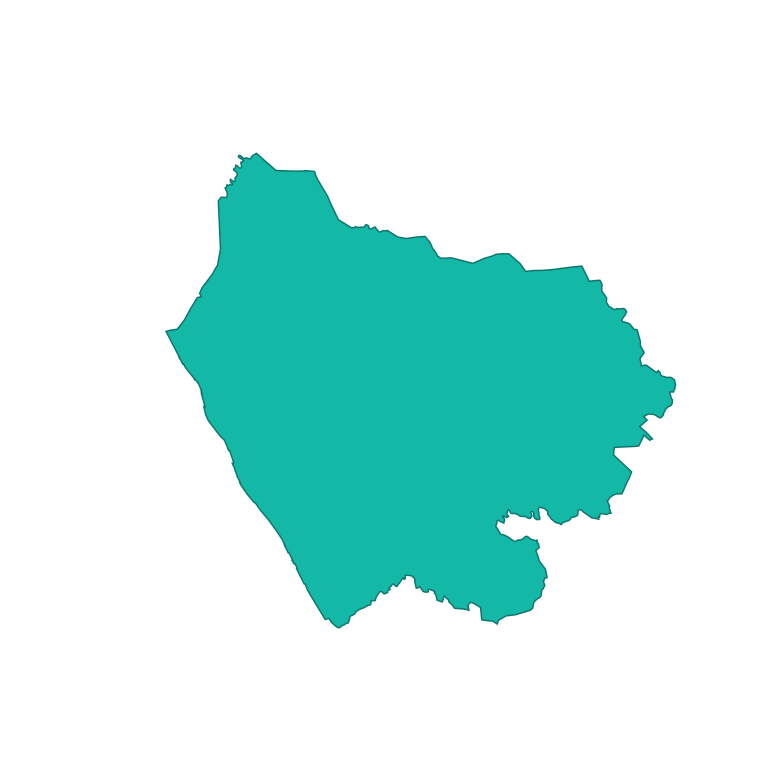 the district of Nirzas pag., Ludzas, Latvia, rotated 220°
{"feature_id": "27541924B94409410618996", "entity_name": "Nirzas pag.", "entity_type": "district", "adm_level": 2, "iso_a3": "LVA", "parent_name": "Latvia", "parent_adm1": "Ludzas", "projection": "equal_earth", "projection_center": [27.914, 56.391], "detail": "fine", "context": "isolated", "style": "filled", "palette": "teal", "viewbox_px": 768, "rotation_deg": 220, "n_neighbors": 0, "source": "geoboundaries", "source_scale": "gbopen_adm2", "svg_char_len": 6171}
<svg xmlns="http://www.w3.org/2000/svg" viewBox="0 0 768 768"><g transform="rotate(220 384 384)"><path d="M144.4,276.7L141.4,284.9L134.9,291.8L126.6,304.6L126.0,307.5L126.3,308.4L129.0,313.4L128.5,317.5L127.5,320.6L127.5,322.6L127.8,323.3L130.8,327.7L130.5,329.3L131.4,333.1L134.7,335.0L136.1,338.7L134.6,340.4L135.4,341.2L141.3,345.9L151.1,348.2L155.1,350.8L160.3,353.8L160.5,354.6L160.0,358.2L160.2,358.8L162.2,359.8L162.5,360.8L165.4,361.3L165.4,362.0L165.8,362.5L166.5,362.6L166.8,362.4L167.0,361.5L171.7,359.5L175.8,359.4L177.2,358.8L177.9,357.1L177.8,355.0L178.9,352.7L181.1,350.5L182.3,347.6L183.6,347.1L191.5,346.4L195.5,345.3L197.2,344.1L198.7,344.1L202.6,345.4L203.9,346.2L206.9,346.6L207.5,348.6L208.2,349.5L208.2,350.3L209.5,351.3L209.0,352.8L208.5,353.3L206.5,353.3L204.7,354.1L203.1,354.2L202.8,354.6L203.5,355.5L203.7,356.5L205.1,358.2L207.5,358.4L208.2,358.8L207.4,359.8L204.4,360.5L203.9,361.0L203.5,362.3L203.5,362.7L203.9,363.0L205.6,362.9L206.9,363.6L206.9,364.9L207.5,365.6L207.6,366.8L208.2,367.5L207.9,367.8L205.8,367.6L204.4,366.6L203.6,366.5L202.0,367.5L201.0,368.8L197.3,370.0L195.0,370.2L192.5,371.7L191.2,373.0L189.6,373.7L188.3,373.6L185.7,374.8L185.6,377.5L187.0,378.9L189.2,380.0L189.1,381.0L188.7,381.6L188.0,381.9L186.3,381.3L184.2,378.9L182.1,378.0L179.9,378.3L177.8,380.1L178.0,380.9L178.6,381.7L180.8,383.0L183.0,385.3L184.8,386.7L185.8,388.8L185.5,390.0L183.1,390.7L181.0,391.8L177.3,391.7L176.5,391.5L175.0,389.7L173.9,389.2L172.1,389.0L169.1,388.1L163.3,388.3L159.8,390.0L157.9,390.1L157.8,391.0L158.1,391.8L157.7,393.1L154.4,399.0L154.3,400.5L154.9,402.0L152.3,405.1L151.3,407.6L151.8,408.9L153.8,411.4L153.9,413.2L151.3,414.5L149.6,414.1L138.8,415.1L132.6,418.5L134.6,420.1L133.4,420.6L134.9,423.5L134.2,424.5L129.6,427.1L128.2,430.1L127.0,430.9L131.9,433.9L132.6,435.5L138.1,438.1L137.7,438.5L137.6,439.5L138.0,442.8L136.5,447.2L135.3,449.3L131.1,452.8L135.1,466.4L135.5,469.1L137.8,475.8L162.6,477.2L166.9,483.5L152.3,496.9L149.0,500.3L151.9,511.9L144.4,511.7L143.1,514.5L150.4,515.4L160.8,515.7L159.2,525.4L164.3,526.1L162.0,531.1L161.3,531.7L158.9,533.4L156.4,534.6L151.2,535.2L150.4,536.0L150.1,536.7L150.1,539.8L151.2,541.6L151.4,543.7L152.1,545.1L151.6,549.5L150.7,550.8L150.4,552.0L150.6,554.0L152.3,556.6L153.0,557.2L154.7,557.8L160.0,561.5L157.1,564.0L158.1,566.5L158.0,567.3L159.0,568.1L159.4,569.5L160.6,571.3L164.2,573.8L166.8,573.8L168.8,573.3L171.5,570.9L176.3,568.7L178.0,568.9L180.0,570.3L182.5,570.5L182.7,567.9L195.4,567.0L198.7,563.3L198.9,563.8L204.3,568.0L204.8,575.0L205.4,575.6L211.9,577.9L214.9,581.3L224.8,588.2L225.3,588.2L227.4,586.6L234.2,587.9L236.1,587.5L239.1,586.3L241.1,585.1L242.5,585.4L243.2,585.8L243.7,592.6L244.9,594.7L244.5,595.2L247.3,596.2L249.1,595.8L252.1,592.5L253.7,591.9L255.0,589.3L257.3,588.6L260.0,588.5L260.9,587.8L266.3,589.6L267.8,591.9L269.1,593.1L276.7,595.1L279.4,598.0L280.4,599.9L281.4,600.7L285.2,602.2L287.7,600.0L292.8,594.7L308.2,601.5L315.0,594.6L329.4,579.0L336.4,572.2L341.7,567.7L347.9,561.3L357.1,563.7L372.0,564.0L377.6,559.3L381.3,555.7L383.6,551.1L387.8,545.0L393.5,533.5L412.2,524.6L414.1,523.4L421.2,516.9L425.5,516.5L427.6,517.6L431.8,518.8L433.2,518.8L439.6,522.0L447.4,523.4L453.4,517.6L460.7,509.5L468.1,505.4L479.8,503.8L479.6,503.6L483.1,501.1L485.2,497.3L486.9,497.4L491.7,498.5L492.3,497.8L492.4,496.8L494.3,493.7L495.1,493.7L497.9,495.2L499.8,494.8L500.4,493.9L500.0,491.5L505.3,486.6L507.0,486.2L506.6,485.6L509.2,482.8L524.5,480.5L540.5,487.8L548.3,491.7L567.2,498.3L571.4,500.5L573.4,502.0L574.2,501.9L580.8,497.3L584.0,494.1L594.0,485.8L604.1,478.1L630.0,478.7L631.5,474.4L631.3,471.8L631.0,471.6L631.3,470.5L632.0,469.9L635.1,468.6L635.8,466.9L636.2,466.6L640.7,466.6L641.7,466.2L642.0,465.6L641.8,464.7L640.7,464.3L637.1,464.9L635.0,464.7L635.2,463.3L636.2,461.7L632.8,459.1L632.6,457.0L633.2,456.4L636.8,456.8L638.1,456.4L637.9,455.7L636.8,454.1L637.4,451.9L636.7,451.3L632.9,451.4L630.4,449.5L630.6,447.3L630.4,445.8L628.4,443.9L628.4,443.2L629.3,442.5L633.1,442.1L632.7,441.3L631.5,440.1L630.6,439.8L629.1,440.1L628.3,439.3L628.8,438.4L630.2,437.8L630.4,436.3L632.3,435.6L631.4,433.9L631.4,432.7L631.7,432.0L626.7,429.5L625.2,427.5L624.8,426.2L624.8,425.5L625.2,425.1L628.8,422.4L628.7,418.1L628.3,417.4L596.1,382.4L587.9,368.1L586.9,361.6L586.1,358.5L585.2,341.2L584.7,338.7L583.4,334.8L579.9,333.4L582.6,330.2L580.5,316.8L578.1,304.8L577.7,297.0L577.6,293.1L582.9,287.0L584.8,284.2L558.2,273.1L558.4,272.8L550.5,269.9L550.4,270.6L546.8,269.0L533.0,266.2L531.7,265.4L531.4,266.3L527.8,265.3L527.7,265.7L519.5,261.6L519.7,261.1L517.2,259.9L517.9,259.5L506.4,251.4L507.5,250.9L501.2,246.1L495.0,243.0L480.9,239.8L473.7,238.5L473.4,238.8L470.2,238.3L464.8,235.8L460.3,233.1L459.3,233.7L448.3,227.0L449.3,225.7L443.9,223.2L441.5,221.4L441.2,221.5L437.0,218.8L431.5,216.4L430.7,216.0L431.3,215.8L431.1,215.6L428.9,214.7L418.6,211.8L407.3,209.7L406.2,210.2L397.2,207.8L385.6,205.8L371.6,202.3L362.2,199.5L356.1,196.8L356.5,196.4L348.8,193.1L348.2,193.6L340.8,190.4L341.2,189.8L337.1,188.4L336.5,189.1L332.1,187.2L332.3,186.3L316.5,179.5L315.7,180.1L313.2,178.8L311.6,177.6L305.5,175.3L277.7,165.8L275.4,169.1L271.6,167.7L265.4,167.4L262.5,167.9L261.4,168.9L261.0,169.9L260.8,172.3L259.8,173.7L259.3,175.7L257.9,178.0L258.9,181.0L260.6,183.9L260.4,185.1L259.7,186.0L258.7,188.8L259.0,192.2L257.7,195.9L255.4,200.1L254.1,203.9L252.9,205.3L252.4,206.6L254.5,209.6L254.2,210.2L251.6,212.2L253.0,215.8L253.8,222.2L252.3,223.5L249.0,223.2L247.2,226.7L248.4,227.9L247.3,230.5L249.4,231.4L248.6,233.0L248.8,236.2L247.8,237.0L244.9,236.7L244.4,236.9L243.9,237.6L244.4,239.7L244.2,241.2L244.8,247.0L244.6,247.6L243.2,247.3L242.6,248.3L243.1,249.3L244.7,250.8L244.5,251.6L239.7,254.8L236.7,254.8L234.3,254.0L233.9,252.8L228.0,248.3L226.9,249.8L226.0,251.8L220.7,250.2L218.0,251.5L216.4,253.4L218.1,254.9L216.5,256.3L211.7,257.7L211.0,256.1L209.0,256.0L204.3,252.5L199.4,254.4L199.9,256.4L201.8,260.3L195.8,260.1L194.7,259.5L194.2,258.8L189.4,258.5L185.7,257.6L177.5,263.4L173.5,265.3L177.3,268.2L177.7,272.1L174.5,273.6L166.4,274.9L157.5,266.2L152.9,269.0L148.3,272.3L143.0,272.9L144.4,276.7Z" fill="#14b8a6" stroke="#0f766e" stroke-width="1.5"/></g></svg>